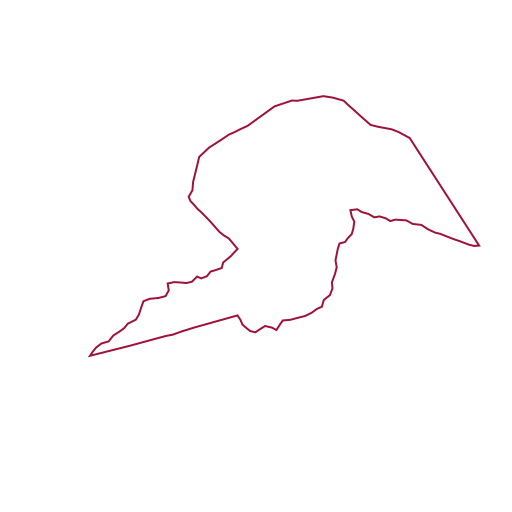 outline of Volta Redonda, Rio de Janeiro, Brazil, rotated 56°
{"feature_id": "56859067B42382109860230", "entity_name": "Volta Redonda", "entity_type": "district", "adm_level": 2, "iso_a3": "BRA", "parent_name": "Brazil", "parent_adm1": "Rio de Janeiro", "projection": "orthographic", "projection_center": [-44.078, -22.523], "detail": "fine", "context": "isolated", "style": "outline", "palette": "rose", "viewbox_px": 512, "rotation_deg": 56, "n_neighbors": 0, "source": "geoboundaries", "source_scale": "gbopen_adm2", "svg_char_len": 1695}
<svg xmlns="http://www.w3.org/2000/svg" viewBox="0 0 512 512"><g transform="rotate(56 256 256)"><path d="M372.1,65.2L358.2,64.9L244.2,62.6L232.9,68.5L226.8,72.7L217.2,82.5L211.4,87.7L200.8,90.5L181.1,95.4L176.2,96.5L167.4,104.0L161.2,110.7L150.4,135.0L147.2,139.3L142.3,157.0L143.0,178.8L143.4,190.2L142.2,197.5L141.3,204.5L140.2,210.7L140.2,220.0L139.9,234.5L142.1,247.7L150.2,256.5L159.3,266.6L165.9,271.9L169.3,278.7L173.9,279.6L179.2,278.7L184.1,278.2L189.2,276.9L194.6,275.9L201.9,274.6L215.8,272.8L220.8,271.2L226.3,268.7L239.8,267.3L240.9,272.3L242.1,277.2L243.0,286.8L246.8,291.2L245.0,297.7L243.5,302.3L245.3,308.0L243.9,314.0L240.1,316.3L241.5,323.5L239.5,328.8L236.0,333.1L232.0,338.3L229.4,344.6L235.8,347.6L238.7,353.4L236.3,360.3L232.0,368.1L230.6,374.6L234.9,380.5L239.0,385.7L241.6,391.2L240.4,400.2L242.1,405.6L242.3,411.4L242.1,418.7L244.4,425.9L242.1,433.1L242.5,439.8L244.0,444.7L245.9,449.4L260.0,410.4L268.1,386.5L271.9,375.4L274.6,369.2L277.2,359.0L280.8,347.1L294.9,304.6L300.4,304.6L305.2,305.6L309.7,304.4L314.8,302.9L318.9,299.2L318.9,294.2L319.1,287.6L324.3,282.8L328.8,280.5L326.5,275.2L324.4,269.9L328.1,263.2L330.8,255.4L333.2,248.9L334.2,241.5L333.9,235.2L334.9,229.8L330.3,224.3L329.8,216.6L325.6,210.7L320.3,207.8L315.0,200.5L310.5,195.4L304.0,192.5L299.0,187.4L295.7,184.1L292.3,179.8L294.2,174.4L292.5,169.7L291.3,164.3L287.8,160.1L282.5,155.3L276.8,154.5L270.8,152.1L273.9,145.9L278.6,143.8L284.1,139.2L290.1,136.3L292.3,131.4L297.4,127.3L302.1,125.2L303.8,120.1L306.7,116.4L310.5,111.5L317.1,108.1L322.6,101.6L330.4,98.3L336.8,94.4L340.5,91.0L352.4,82.8L357.9,78.6L365.6,73.2L369.6,69.6L372.1,65.2Z" fill="none" stroke="#9f1239" stroke-width="2"/></g></svg>